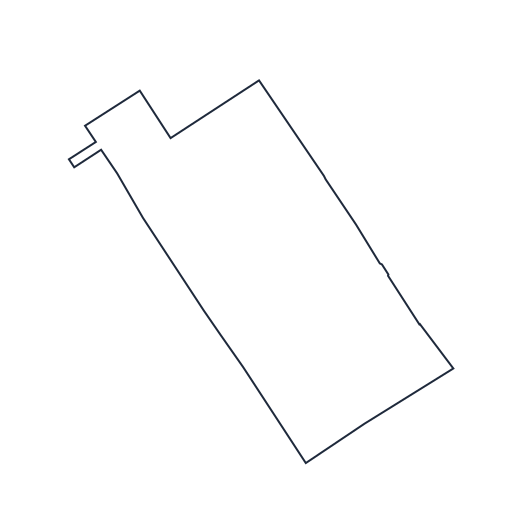 St. Francis, Arkansas, United States of America, rotated 56°
{"feature_id": "52423323B70902388420636", "entity_name": "St. Francis", "entity_type": "district", "adm_level": 2, "iso_a3": "USA", "parent_name": "United States of America", "parent_adm1": "Arkansas", "projection": "equal_earth", "projection_center": [-90.808, 35.008], "detail": "fine", "context": "isolated", "style": "outline", "palette": "slate", "viewbox_px": 512, "rotation_deg": 56, "n_neighbors": 0, "source": "geoboundaries", "source_scale": "gbopen_adm2", "svg_char_len": 471}
<svg xmlns="http://www.w3.org/2000/svg" viewBox="0 0 512 512"><g transform="rotate(56 256 256)"><path d="M112.1,155.3L110.5,260.9L53.9,259.9L52.4,324.9L71.9,325.0L71.2,357.0L80.8,357.1L81.3,325.0L109.9,324.9L161.1,328.4L272.1,329.8L301.5,329.5L341.0,328.8L455.5,330.5L455.7,259.9L459.6,155.3L404.1,158.2L404.1,158.8L346.2,157.6L345.4,156.6L333.4,156.3L331.4,157.5L285.8,155.5L231.4,155.4L227.6,154.9L112.1,155.3Z" fill="none" stroke="#1e293b" stroke-width="2"/></g></svg>